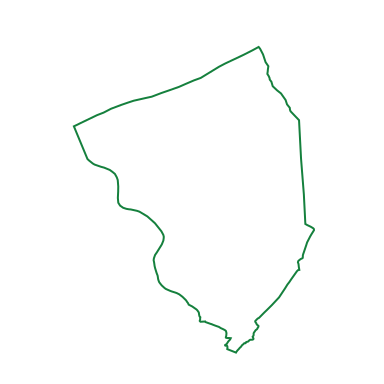 the district of Cai Rang, Hau Giang, Vietnam, rotated 278°
{"feature_id": "81297802B53183498164333", "entity_name": "Cai Rang", "entity_type": "district", "adm_level": 2, "iso_a3": "VNM", "parent_name": "Vietnam", "parent_adm1": "Hau Giang", "projection": "robinson", "projection_center": [105.759, 9.999], "detail": "fine", "context": "isolated", "style": "outline", "palette": "green", "viewbox_px": 384, "rotation_deg": 278, "n_neighbors": 0, "source": "geoboundaries", "source_scale": "gbopen_adm2", "svg_char_len": 3293}
<svg xmlns="http://www.w3.org/2000/svg" viewBox="0 0 384 384"><g transform="rotate(278 192 192)"><path d="M240.6,65.9L210.1,83.9L208.9,85.6L206.4,89.8L205.6,91.7L204.3,98.4L203.9,101.6L202.4,107.5L200.8,110.5L199.2,113.1L198.7,113.5L196.0,115.5L193.5,116.8L187.2,118.2L183.1,118.7L182.5,118.8L175.8,119.4L171.1,120.5L168.5,122.7L166.8,126.0L166.2,129.3L166.1,131.9L166.1,132.0L166.2,133.7L165.7,140.2L165.2,142.7L161.6,151.2L155.9,159.7L148.9,167.1L145.5,169.6L143.7,170.3L142.1,170.4L139.9,170.4L135.9,169.4L127.3,165.6L124.5,164.2L121.0,163.5L119.1,163.5L116.9,164.3L113.4,165.3L111.4,166.1L106.9,168.2L105.6,168.9L104.6,169.5L103.4,169.9L101.0,170.6L99.5,171.3L98.1,172.1L96.9,173.3L95.3,175.0L93.5,177.6L92.8,178.7L92.4,179.5L91.8,181.5L91.0,184.4L90.7,185.8L90.1,189.4L89.8,190.9L88.9,193.6L87.4,196.3L86.8,197.3L83.9,201.2L82.4,202.5L81.3,203.6L80.0,204.4L78.7,208.1L76.3,212.8L75.6,213.7L73.9,215.3L73.4,215.6L72.3,215.9L71.6,216.1L70.2,216.6L69.6,217.0L69.3,217.6L69.0,217.7L68.4,217.6L67.7,217.7L67.0,217.8L65.8,217.6L65.4,217.6L65.0,218.0L64.7,218.5L65.6,223.1L65.1,223.4L63.9,229.2L63.9,229.9L63.7,230.2L63.0,233.2L62.4,236.1L62.2,237.3L61.2,239.5L60.5,241.9L59.9,243.6L59.4,244.5L59.0,245.0L58.5,245.2L57.0,245.8L56.7,245.8L56.0,245.8L55.3,245.9L54.1,245.9L52.9,245.7L52.5,245.8L52.4,246.1L52.3,246.9L52.3,247.5L52.4,247.9L52.5,248.4L52.5,248.9L52.6,249.4L52.6,250.7L52.0,250.5L51.3,250.3L49.9,249.3L48.8,248.6L47.9,248.2L46.1,247.4L45.9,247.2L45.7,246.8L45.4,246.4L45.1,246.1L44.8,246.1L44.6,246.2L44.5,246.5L44.5,246.9L44.6,247.4L44.6,248.0L44.4,248.3L44.0,248.5L43.3,248.7L41.3,248.8L40.0,254.2L39.1,257.9L39.6,258.1L39.9,258.2L41.5,259.1L43.3,260.4L44.2,260.9L44.7,261.3L45.5,262.0L46.5,262.5L47.4,263.0L47.9,263.5L48.5,264.1L49.3,264.6L49.6,264.9L49.6,265.4L49.7,266.0L50.0,266.2L50.7,266.4L51.0,266.7L51.3,267.4L51.6,268.1L51.8,268.5L52.7,269.1L53.3,269.6L53.7,270.1L53.9,270.7L54.1,272.2L54.5,273.0L55.0,273.3L55.6,273.2L56.7,272.4L57.1,272.2L57.5,272.4L58.4,272.9L59.1,272.9L60.7,272.7L61.6,273.0L62.6,273.6L63.6,274.0L64.2,274.4L64.7,275.0L65.3,275.5L65.9,275.8L66.8,276.0L67.4,276.4L68.0,276.5L68.5,276.5L68.8,276.3L69.6,274.9L70.1,274.4L70.9,274.0L71.6,273.3L72.3,272.7L72.8,272.6L73.2,272.7L74.4,273.6L75.5,274.4L76.1,275.0L76.7,275.9L82.9,280.5L85.3,282.4L91.1,286.8L99.8,292.9L109.4,297.5L113.7,299.4L116.3,300.9L119.6,302.5L128.1,306.9L129.5,308.0L129.8,309.1L132.7,308.2L135.1,307.6L136.0,307.3L137.0,306.7L137.4,306.7L138.2,306.8L138.8,307.1L140.7,308.9L141.8,310.6L142.2,310.8L142.8,310.8L144.7,310.6L146.2,310.8L148.2,311.2L155.1,312.5L158.1,313.0L159.5,313.5L164.4,315.2L166.6,316.1L171.1,318.1L172.2,317.9L172.9,317.2L174.1,314.5L175.3,310.7L176.1,308.7L205.2,303.1L234.5,296.6L240.4,295.3L278.0,288.0L285.6,278.4L287.0,277.6L289.0,277.1L292.0,273.9L296.1,271.9L302.0,266.4L304.5,262.1L308.0,257.2L312.2,255.3L314.1,253.4L315.7,252.9L317.5,251.8L319.4,250.2L322.1,250.2L323.6,250.1L327.2,250.1L330.8,246.8L338.1,243.2L343.3,239.5L344.9,237.8L340.6,232.0L335.1,224.1L323.8,206.9L319.7,201.2L306.2,184.8L302.8,178.4L298.2,170.8L294.3,164.5L288.9,154.1L288.6,153.5L285.7,147.8L280.8,138.9L278.5,132.7L274.3,121.6L271.7,116.3L268.5,110.0L263.2,100.3L258.3,93.4L254.9,87.3L244.7,72.0L242.5,68.8L240.6,65.9Z" fill="none" stroke="#15803d" stroke-width="2"/></g></svg>